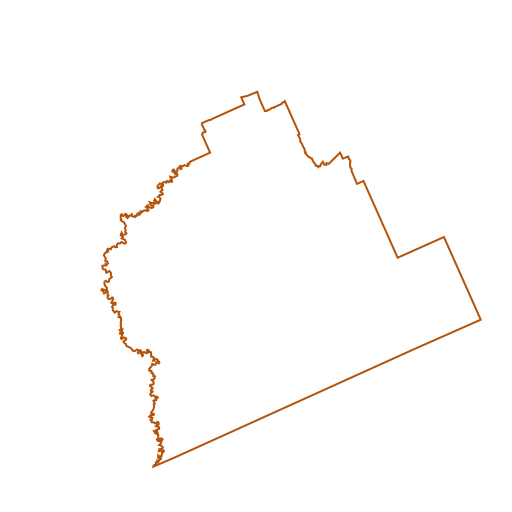 Mildura, Victoria, Australia, rotated 246°
{"feature_id": "25037944B71441363107667", "entity_name": "Mildura", "entity_type": "district", "adm_level": 2, "iso_a3": "AUS", "parent_name": "Australia", "parent_adm1": "Victoria", "projection": "robinson", "projection_center": [141.957, -34.865], "detail": "fine", "context": "isolated", "style": "outline", "palette": "amber", "viewbox_px": 512, "rotation_deg": 246, "n_neighbors": 0, "source": "geoboundaries", "source_scale": "gbopen_adm2", "svg_char_len": 6079}
<svg xmlns="http://www.w3.org/2000/svg" viewBox="0 0 512 512"><g transform="rotate(246 256 256)"><path d="M361.0,200.7L359.0,200.0L361.4,197.7L360.1,194.7L358.3,193.8L357.4,194.3L357.8,196.9L359.1,198.7L357.8,199.3L356.7,197.5L354.2,197.3L354.1,195.7L353.5,194.8L351.1,196.2L350.4,196.0L350.2,194.7L350.9,193.0L350.0,190.6L349.1,191.7L347.4,192.1L345.2,190.5L345.4,188.7L344.3,189.2L343.6,188.3L344.1,187.5L349.1,186.7L348.0,185.4L345.8,186.1L344.9,185.3L346.5,183.2L346.9,182.0L348.2,180.8L345.3,180.4L344.4,181.3L344.0,182.9L342.3,181.9L342.3,180.4L343.1,179.0L344.8,177.5L346.4,177.7L345.6,175.4L344.4,176.4L343.1,175.9L341.7,176.5L341.2,176.0L341.3,174.9L342.5,173.9L343.2,171.5L342.5,170.1L343.7,169.0L342.3,168.3L343.0,167.4L343.1,166.4L341.4,166.7L341.0,166.4L342.5,164.2L341.1,163.4L341.1,162.7L341.8,161.9L341.0,161.7L340.8,161.1L343.0,158.9L344.7,159.4L343.7,155.9L345.3,155.2L345.5,154.7L344.9,154.2L343.4,154.7L343.0,154.1L344.3,153.3L346.6,154.5L347.5,154.2L347.7,153.7L346.8,152.7L346.5,151.0L347.2,150.3L348.7,150.4L348.5,149.1L345.7,147.8L344.6,147.9L343.7,147.0L340.2,149.1L337.4,149.5L335.9,149.0L335.0,147.6L332.5,147.4L331.2,146.3L329.5,146.9L328.8,145.5L329.5,143.7L330.2,142.8L332.0,142.7L329.9,140.8L327.7,142.3L326.7,140.5L324.2,142.8L321.3,142.9L320.7,142.1L320.7,141.0L323.4,138.9L322.8,136.8L323.7,134.8L322.6,133.2L320.7,132.6L321.1,131.2L322.6,130.5L322.7,127.8L321.2,126.0L322.7,124.5L322.8,123.5L321.5,122.0L321.0,122.9L320.3,122.8L320.0,119.0L318.5,117.3L315.0,117.8L312.5,116.2L312.1,116.4L311.6,117.9L309.5,117.7L309.0,116.4L309.6,115.4L308.3,115.3L309.6,111.7L306.6,110.8L305.7,111.3L304.7,113.1L301.7,112.4L301.4,113.4L302.0,115.6L301.6,116.1L299.2,116.6L297.1,115.5L295.4,115.8L294.5,112.5L292.4,111.1L292.6,109.9L294.4,108.7L294.2,107.2L291.9,106.1L289.7,106.1L287.6,106.9L286.3,106.2L286.2,104.7L287.1,103.1L288.5,102.1L287.8,100.9L285.8,102.2L283.6,102.0L284.0,104.2L285.5,105.3L285.1,106.0L283.5,106.0L281.1,104.6L280.1,105.2L278.7,103.5L277.5,103.4L276.7,103.9L276.2,104.9L276.1,106.1L276.6,107.6L276.3,108.2L274.9,108.2L272.0,104.8L271.1,105.4L270.9,108.0L270.1,108.6L268.7,107.9L269.4,106.1L268.2,103.8L266.6,104.0L264.9,103.1L261.7,103.9L262.4,105.8L260.4,108.5L258.9,106.7L256.4,107.2L256.0,105.8L254.4,107.5L251.7,106.5L250.0,105.2L248.5,105.0L247.6,104.0L245.8,103.9L245.1,103.2L243.4,104.3L243.1,103.7L243.8,101.7L243.6,101.2L241.0,103.2L240.0,103.3L239.4,102.9L239.3,102.1L240.8,101.0L240.9,100.4L240.3,100.2L239.3,101.4L238.2,101.6L235.7,99.0L234.7,99.6L235.5,102.0L233.6,103.9L232.5,103.4L231.8,100.1L229.5,100.6L228.4,101.3L226.5,101.1L222.7,104.3L218.9,105.2L218.5,106.9L218.9,109.0L218.2,110.1L217.0,110.0L216.0,108.8L215.4,108.8L217.0,110.9L217.0,111.9L216.6,112.3L215.5,112.4L214.2,110.8L212.6,112.0L211.3,111.2L210.7,111.4L211.3,112.6L213.3,112.3L213.9,113.5L213.8,114.8L212.3,115.7L211.6,116.6L212.2,117.5L214.3,117.9L214.4,118.7L214.0,119.4L212.7,119.5L211.7,118.5L211.4,120.4L210.7,120.9L206.7,119.3L206.0,120.6L204.6,121.4L202.1,119.4L201.7,120.3L202.6,122.2L202.2,123.4L198.2,124.5L197.5,124.0L197.5,123.3L199.4,122.6L199.6,121.8L197.7,120.0L197.6,119.3L199.6,117.3L198.3,116.7L196.5,112.8L195.6,112.0L194.3,112.0L194.1,113.3L193.5,113.8L191.5,112.9L191.2,113.9L190.3,114.2L188.1,113.3L187.8,114.6L187.0,114.7L185.0,113.0L185.2,110.2L182.4,111.2L180.7,110.3L180.5,109.4L181.2,107.4L180.9,106.5L180.0,106.4L177.4,107.9L176.3,105.4L174.3,105.0L174.7,106.2L174.1,106.4L173.1,103.5L172.5,103.0L170.7,103.4L170.4,105.8L168.1,107.1L167.8,108.2L166.7,108.7L166.4,107.6L166.9,106.3L165.3,106.4L164.8,105.9L165.6,104.2L165.4,103.4L162.6,103.6L162.1,103.2L162.2,102.3L159.7,101.6L157.1,99.3L155.6,96.4L154.3,96.6L153.5,98.4L152.7,98.3L152.6,97.2L153.5,95.4L152.6,93.0L151.8,93.5L151.6,94.9L150.3,95.5L149.2,94.6L149.2,93.1L148.1,93.8L147.3,93.0L146.5,93.1L145.4,95.2L144.3,95.6L144.2,96.5L143.3,96.7L144.3,97.5L144.5,98.3L144.1,99.0L143.1,99.2L141.8,98.5L141.2,97.1L141.2,95.4L140.6,95.7L139.7,97.5L138.5,97.7L137.6,97.2L137.5,94.5L135.9,94.3L137.6,93.6L137.2,92.7L137.5,91.6L136.1,92.0L135.8,93.5L134.9,93.1L134.8,92.2L133.3,93.4L131.9,93.7L129.7,92.9L128.7,90.9L127.5,90.8L126.3,92.2L127.7,92.9L128.1,94.8L127.6,95.7L126.7,96.1L125.6,95.0L126.1,93.8L125.9,93.2L123.7,93.3L122.6,90.7L122.0,91.7L119.8,93.0L118.7,93.0L118.2,91.0L118.9,89.2L117.3,87.8L116.8,88.9L117.0,90.1L115.5,90.9L116.2,92.2L115.5,92.7L114.6,91.9L114.4,90.1L111.8,88.5L112.1,86.2L113.6,85.6L111.2,84.5L110.6,85.2L110.4,86.9L109.5,86.8L109.0,86.0L109.0,84.7L108.2,83.8L109.2,82.6L107.3,82.4L108.2,81.5L108.2,80.5L106.2,79.9L106.4,77.4L105.3,76.6L105.0,100.0L106.6,362.6L106.4,435.4L196.9,435.4L196.8,384.7L280.8,384.7L280.8,377.6L295.0,377.9L296.7,378.8L298.3,378.2L300.8,378.9L302.7,379.6L303.5,380.6L305.3,381.0L306.9,380.3L309.4,380.7L309.7,374.9L316.2,374.9L310.6,359.9L312.1,358.1L310.7,357.2L311.3,356.7L311.5,355.5L314.9,355.4L313.8,353.2L311.9,351.0L312.3,350.5L311.9,349.0L313.2,349.1L314.2,347.2L315.2,347.6L318.9,346.7L322.5,346.7L322.7,346.0L324.0,345.5L324.8,344.5L330.2,342.7L330.5,343.6L332.2,343.2L334.4,344.0L335.8,343.5L340.8,343.5L342.8,342.9L344.5,343.9L349.4,343.6L349.4,345.1L350.9,345.3L385.4,345.3L384.9,344.8L385.4,344.0L385.1,341.8L384.5,341.2L384.5,333.3L384.1,332.7L384.7,332.1L384.8,330.4L384.3,328.4L384.6,325.9L384.1,325.3L384.7,323.1L397.5,323.1L405.5,323.9L405.8,313.0L407.0,307.1L399.2,307.0L399.1,271.4L398.7,270.5L399.3,268.4L399.4,260.8L398.3,260.1L391.9,260.2L391.5,260.7L389.9,260.2L390.4,257.9L388.9,256.1L369.1,256.1L368.9,233.9L367.3,232.7L368.1,231.2L365.9,230.7L366.2,229.6L368.2,227.5L367.7,225.6L369.2,223.4L368.1,222.9L366.8,223.6L366.0,223.4L365.9,222.6L367.7,222.1L368.3,221.2L367.3,219.3L366.0,219.2L365.5,218.0L365.7,217.2L366.7,216.2L368.4,216.0L368.7,215.5L367.8,214.2L367.0,214.0L365.9,215.6L363.8,215.4L363.9,216.1L365.3,216.1L364.8,217.1L362.5,217.4L361.4,216.7L361.2,212.9L362.0,211.1L363.3,209.9L362.7,209.7L361.1,210.6L360.1,209.4L358.6,209.9L357.9,209.2L358.2,208.6L359.9,207.9L359.0,206.1L360.7,205.1L359.5,203.8L360.8,202.8L361.0,200.7Z" fill="none" stroke="#b45309" stroke-width="2"/></g></svg>